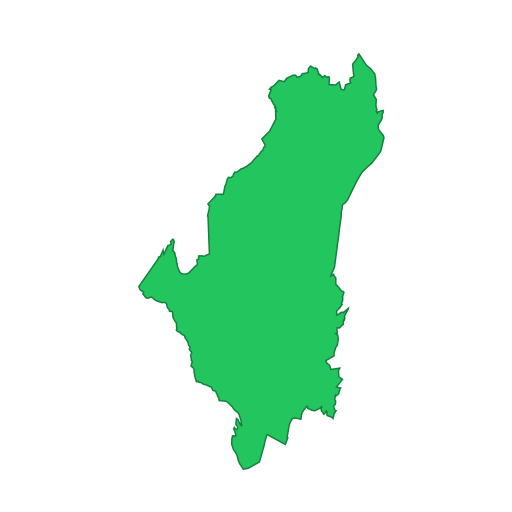 the district of Ahuehuetitla, Puebla, Mexico, rotated 7°
{"feature_id": "50627088B39189624478389", "entity_name": "Ahuehuetitla", "entity_type": "district", "adm_level": 2, "iso_a3": "MEX", "parent_name": "Mexico", "parent_adm1": "Puebla", "projection": "equal_earth", "projection_center": [-98.198, 18.232], "detail": "fine", "context": "isolated", "style": "filled", "palette": "green", "viewbox_px": 512, "rotation_deg": 7, "n_neighbors": 0, "source": "geoboundaries", "source_scale": "gbopen_adm2", "svg_char_len": 6094}
<svg xmlns="http://www.w3.org/2000/svg" viewBox="0 0 512 512"><g transform="rotate(7 256 256)"><path d="M342.7,404.9L344.6,402.2L344.7,401.2L345.7,402.1L345.6,405.1L347.0,406.0L348.7,406.2L351.3,406.9L352.2,407.9L352.9,402.3L353.3,402.2L354.2,400.0L353.7,400.2L352.5,398.4L352.5,398.0L352.2,397.9L351.5,396.3L351.8,394.3L352.8,393.6L352.8,390.3L351.6,388.8L351.9,384.6L352.5,385.1L354.7,382.9L355.7,377.1L356.0,376.8L351.8,376.3L356.9,367.8L353.0,365.8L351.8,360.0L352.8,357.1L344.2,359.5L342.5,355.7L339.3,353.6L338.6,352.2L337.9,351.6L338.0,351.3L338.3,350.9L339.0,350.4L339.5,350.4L342.9,347.6L344.2,346.9L344.4,346.5L345.7,345.5L345.3,344.0L345.3,342.6L346.3,337.1L347.1,335.5L347.5,334.7L347.8,328.6L346.7,324.3L344.8,323.4L345.9,323.1L346.0,322.4L345.1,318.4L345.5,317.3L347.4,317.3L347.8,317.2L349.5,314.5L350.9,313.4L350.8,309.9L350.7,309.0L351.5,308.9L351.7,306.8L351.2,304.7L354.1,297.0L354.1,296.6L349.6,301.5L349.0,301.2L347.6,301.5L346.9,301.9L345.5,303.6L343.2,304.6L343.2,303.6L342.8,301.5L342.9,300.9L343.3,299.9L345.1,297.7L345.5,297.2L346.1,296.1L346.8,294.3L347.5,293.8L346.7,292.9L346.8,291.6L347.4,290.0L347.4,288.3L347.2,287.0L346.8,286.7L347.7,281.2L346.7,280.6L345.4,280.5L341.8,277.0L340.4,275.7L339.1,274.8L338.5,273.5L338.2,270.3L338.0,268.7L337.6,267.7L335.5,265.8L335.3,264.8L332.6,266.7L335.3,257.4L335.4,236.9L335.6,227.6L335.5,219.5L335.7,206.6L335.3,201.8L335.4,201.5L335.6,198.0L335.6,194.4L337.5,193.0L340.1,189.1L346.5,170.4L349.9,162.3L351.6,159.1L356.7,153.0L359.7,149.6L365.5,139.7L367.1,136.6L368.6,123.0L367.7,120.9L365.3,118.5L362.7,116.1L361.9,114.4L361.5,112.1L361.3,111.6L363.7,106.0L364.4,103.8L363.9,100.1L364.7,98.2L364.5,96.0L359.6,98.0L359.0,99.3L357.7,97.8L358.2,96.2L356.7,92.5L356.3,85.9L352.9,81.6L354.7,77.9L355.4,75.7L354.3,72.3L353.1,65.3L351.7,60.9L346.9,56.1L342.2,53.1L333.5,42.9L332.5,44.3L333.0,45.9L330.9,50.0L328.5,53.8L330.5,63.0L331.3,65.9L327.9,67.9L327.7,69.9L328.8,72.7L324.1,75.1L323.5,80.0L322.6,80.7L320.0,80.0L319.7,79.0L317.4,73.2L314.0,76.6L307.6,76.9L307.4,74.7L307.3,71.8L307.0,69.5L305.6,69.4L305.3,70.0L304.2,69.8L302.4,68.5L301.1,69.9L300.5,70.3L300.5,70.8L297.3,68.2L295.9,68.2L296.3,67.6L294.6,64.5L294.2,63.3L293.9,62.8L292.0,62.1L291.1,62.8L287.1,60.8L285.2,63.4L285.4,67.2L284.3,68.1L279.6,69.5L279.4,70.2L278.4,72.1L276.6,73.1L274.7,73.3L273.3,71.7L270.7,72.1L264.8,75.8L264.1,77.3L262.8,79.5L257.4,78.9L252.5,85.4L252.3,85.4L250.4,86.7L249.1,88.8L250.8,88.8L249.0,95.5L250.1,97.8L251.3,97.7L253.0,100.4L255.6,104.0L256.1,104.2L257.2,105.7L257.4,106.6L256.6,106.5L258.6,109.8L257.7,109.8L259.1,117.8L258.4,119.3L254.3,130.5L247.5,139.1L251.7,145.0L251.5,145.8L251.2,146.4L250.4,147.2L249.9,150.0L249.0,151.0L247.7,152.7L247.6,153.5L246.9,154.1L246.6,155.5L246.2,156.1L245.1,156.5L241.1,162.4L240.2,163.9L234.7,169.1L234.2,169.2L232.6,170.5L230.7,171.2L228.2,173.8L226.7,175.1L225.2,175.4L224.9,175.2L224.6,175.5L224.4,176.2L223.7,177.4L223.4,179.5L221.3,181.4L219.2,181.2L218.8,181.7L218.3,182.8L217.9,184.7L217.5,187.9L216.6,190.8L216.3,196.6L215.9,198.8L209.8,199.4L208.7,199.7L208.2,201.8L201.9,210.2L203.7,212.2L203.8,215.7L203.6,216.9L203.0,222.1L203.6,223.0L209.5,259.6L206.4,261.4L204.8,262.5L204.2,262.7L203.3,262.4L199.3,262.8L199.1,264.3L199.3,266.1L197.8,267.0L198.9,271.5L198.0,272.6L196.8,273.8L191.5,280.8L190.2,281.8L188.5,282.5L185.8,282.8L183.9,282.5L182.0,280.8L179.5,276.4L178.6,273.0L178.2,272.5L177.8,271.5L177.6,269.6L176.8,267.3L176.6,267.0L176.2,266.5L175.4,264.5L174.9,264.0L175.2,263.2L173.3,261.0L172.7,261.0L172.9,257.3L172.8,254.0L173.1,252.0L172.2,250.0L171.5,249.4L169.4,252.1L169.8,252.9L170.2,254.7L168.3,256.0L167.2,256.6L164.4,265.4L163.0,261.6L162.4,264.0L161.4,266.9L161.2,268.4L160.8,268.5L160.8,268.1L159.6,268.9L159.3,269.5L159.3,270.7L143.4,300.6L144.6,303.0L145.8,304.1L148.9,305.6L148.4,307.6L149.2,308.2L151.6,310.7L152.2,311.0L153.7,311.0L154.7,310.7L155.5,310.3L156.3,309.6L157.0,309.5L158.8,310.3L159.8,311.2L161.4,312.1L163.2,312.7L167.8,313.7L169.1,313.7L170.3,313.2L171.4,313.3L172.9,314.1L173.3,315.0L173.5,315.9L174.5,318.2L176.1,319.4L176.4,320.1L176.9,321.5L178.5,321.4L179.4,321.2L180.1,321.9L180.7,325.0L181.1,326.9L181.5,327.6L183.3,330.3L184.9,331.8L185.2,332.6L185.5,334.4L186.2,337.7L185.9,339.1L186.6,339.9L187.3,340.4L189.6,341.0L190.3,341.5L191.1,342.2L192.4,343.0L193.2,343.3L194.1,343.3L194.7,343.8L195.6,345.9L196.4,346.8L197.2,347.6L198.2,348.8L199.1,350.3L200.0,352.8L201.3,353.8L201.7,354.9L201.6,355.6L201.3,356.0L201.3,356.7L201.5,357.2L202.8,358.5L203.8,359.2L203.9,359.8L203.7,361.0L203.2,362.3L203.2,362.9L204.2,365.5L204.4,367.0L204.7,367.6L205.5,368.4L205.4,370.0L205.0,372.8L205.2,373.5L205.9,373.9L206.8,374.3L207.5,374.9L208.0,375.5L208.3,376.3L208.5,377.2L208.8,379.6L209.3,380.6L209.9,382.8L212.2,388.1L212.6,388.1L213.0,387.9L213.6,387.4L214.0,387.4L214.6,388.3L214.9,388.4L215.8,388.3L217.0,388.4L219.5,389.7L222.0,389.9L223.3,390.4L224.4,390.7L226.1,391.3L227.7,391.6L229.4,394.4L230.0,394.8L231.9,395.0L232.6,395.3L233.1,396.5L234.4,398.2L234.8,399.4L235.2,400.0L236.3,401.3L236.7,402.3L236.7,403.1L237.1,404.0L243.8,403.8L245.5,404.5L250.6,408.4L253.2,411.2L254.7,412.3L256.5,413.2L257.6,413.9L257.7,414.6L258.4,415.0L259.0,416.4L261.6,422.3L261.5,423.2L262.3,424.9L262.4,426.1L261.5,425.8L260.3,424.3L258.0,420.6L256.4,419.7L256.5,422.5L256.4,424.4L256.7,425.9L257.9,426.8L258.7,428.1L258.5,429.7L257.7,430.4L256.5,430.2L255.4,428.8L255.0,429.8L255.2,430.8L256.1,432.1L257.3,434.9L258.0,436.9L257.6,437.6L255.9,437.1L255.6,437.6L254.6,437.4L254.6,439.2L254.3,440.0L254.4,441.8L254.6,442.5L254.6,444.0L254.8,445.7L255.2,446.6L255.7,447.6L257.1,450.7L260.6,454.7L261.7,456.8L262.6,459.1L263.5,461.3L265.0,464.0L267.5,466.9L269.0,468.9L269.7,469.1L274.2,467.6L284.5,460.0L287.3,442.0L287.4,438.9L288.7,431.8L308.1,439.5L309.7,432.5L309.0,432.4L309.5,420.7L310.2,416.9L312.0,412.9L315.6,411.9L320.4,412.6L320.7,405.8L324.6,399.0L325.6,399.3L325.9,400.9L330.1,402.3L333.5,402.4L338.2,399.1L339.6,396.9L339.3,400.4L340.2,402.3L341.6,403.0L342.0,404.4L342.7,404.9Z" fill="#22c55e" stroke="#15803d" stroke-width="1.5"/></g></svg>